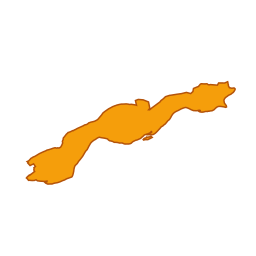 outline of Saf, Al Jizah, Egypt, rotated 243°
{"feature_id": "37247803B22185494316404", "entity_name": "Saf", "entity_type": "district", "adm_level": 2, "iso_a3": "EGY", "parent_name": "Egypt", "parent_adm1": "Al Jizah", "projection": "robinson", "projection_center": [31.294, 29.62], "detail": "fine", "context": "isolated", "style": "filled", "palette": "amber", "viewbox_px": 256, "rotation_deg": 243, "n_neighbors": 0, "source": "geoboundaries", "source_scale": "gbopen_adm2", "svg_char_len": 5154}
<svg xmlns="http://www.w3.org/2000/svg" viewBox="0 0 256 256"><g transform="rotate(243 128 128)"><path d="M126.5,15.6L126.3,16.2L124.8,18.6L123.8,20.7L123.6,22.6L122.1,23.3L120.5,25.6L119.0,28.2L118.1,29.7L118.0,30.0L117.5,31.7L116.9,31.4L117.3,30.4L117.4,29.2L116.1,29.7L114.5,31.0L113.6,32.9L113.3,33.6L113.2,33.8L112.6,34.9L112.3,37.2L111.3,40.4L110.9,43.1L110.8,45.7L110.5,47.9L110.6,50.3L110.3,52.6L110.1,54.0L109.9,55.7L110.4,56.6L111.2,57.5L112.4,58.6L114.1,60.0L115.5,60.9L116.2,61.5L116.3,61.5L117.5,62.6L118.5,63.8L119.4,66.7L120.7,68.8L121.7,71.2L122.6,73.1L123.3,74.6L124.5,76.5L125.5,78.0L126.6,79.8L127.3,81.8L128.9,84.0L129.7,85.1L131.5,87.9L132.1,89.6L132.5,91.6L132.6,92.4L132.6,93.7L133.0,96.4L133.0,96.5L132.8,98.3L131.8,99.4L129.5,102.6L127.6,104.8L126.3,105.1L125.0,105.8L124.7,106.2L124.0,107.1L122.9,108.3L121.5,109.2L120.6,110.9L119.8,112.1L119.1,112.9L118.4,113.7L118.0,114.6L117.3,116.0L115.5,117.5L114.8,118.6L113.4,121.5L113.0,123.0L113.0,124.0L113.6,125.9L113.6,127.7L113.6,129.1L113.2,130.7L113.1,132.5L113.0,134.5L113.4,135.8L113.8,137.6L114.4,139.5L114.2,140.7L114.1,141.2L114.1,141.8L113.8,142.7L113.8,143.5L113.7,144.0L113.7,145.3L113.7,145.9L114.3,147.0L114.2,147.3L113.6,147.3L113.3,146.5L113.2,145.8L113.0,144.5L113.1,143.9L113.6,142.4L113.4,141.3L113.1,142.5L112.9,142.9L111.5,145.4L110.8,147.4L110.8,148.9L111.0,150.1L111.4,151.5L112.1,153.5L112.8,155.3L112.8,155.5L114.0,158.3L114.0,159.9L114.5,161.6L114.7,163.1L115.4,164.7L116.4,166.9L116.7,168.7L117.8,170.6L119.0,172.3L120.0,174.0L120.6,175.7L120.9,177.6L120.9,178.8L120.8,181.2L120.9,183.7L120.6,187.0L120.4,187.7L120.1,188.8L119.0,190.0L117.7,191.1L115.6,192.6L113.8,194.2L112.3,196.8L111.9,198.1L111.6,199.3L111.2,200.0L110.8,200.3L110.4,200.0L110.7,199.3L111.0,198.5L109.9,199.2L109.1,200.2L108.6,201.0L108.1,202.1L107.8,203.3L107.6,204.4L107.1,205.5L106.6,206.3L106.6,207.0L106.2,207.7L105.8,209.2L105.2,210.7L105.2,212.0L105.2,212.9L105.7,214.4L106.1,215.8L106.3,217.3L106.2,218.2L105.7,219.4L105.0,220.6L103.1,223.3L102.1,224.3L102.0,225.3L102.4,225.5L103.2,225.7L103.4,225.7L104.2,225.6L105.4,225.4L106.3,225.2L106.7,225.3L107.8,225.6L109.1,226.0L109.4,226.3L109.6,226.5L110.2,227.3L110.3,227.5L110.8,228.5L111.0,229.4L111.2,230.9L111.5,232.4L111.4,234.6L111.4,235.1L111.5,235.6L111.8,236.9L111.8,237.3L111.9,237.9L112.3,238.6L112.3,238.9L113.2,240.2L113.4,240.6L113.6,240.8L114.2,241.2L115.2,240.9L115.6,240.6L115.9,239.6L116.0,239.3L116.3,238.7L116.5,238.2L117.2,237.5L117.5,237.1L117.8,236.7L119.1,236.6L119.7,236.6L120.2,236.7L120.4,236.8L121.0,237.1L121.4,237.1L122.0,237.2L122.5,237.4L122.7,237.5L124.0,237.8L124.2,234.6L125.9,231.3L127.0,229.2L125.6,227.1L129.3,221.1L129.5,220.2L130.2,219.1L131.5,218.5L131.8,217.9L132.1,217.1L132.8,215.7L134.2,213.3L134.2,212.4L133.0,209.5L133.2,208.1L133.5,204.3L131.0,202.4L130.2,199.5L130.5,199.2L133.2,196.2L134.4,191.1L135.8,187.1L137.8,180.9L138.2,179.9L138.9,175.6L138.0,172.7L137.5,169.9L136.7,168.2L136.2,165.1L135.7,162.2L135.1,158.5L134.4,155.6L134.9,154.7L135.3,155.6L135.4,156.3L141.9,158.1L146.2,154.3L148.8,150.1L149.1,147.1L144.4,145.9L144.8,145.5L146.5,143.3L147.7,141.6L147.9,141.0L148.1,140.4L148.7,139.5L149.2,139.0L150.3,137.3L151.8,133.9L152.3,133.0L152.9,131.0L153.5,128.4L153.6,127.1L153.8,126.1L153.8,125.7L154.0,123.9L153.9,122.1L153.9,120.0L153.9,119.5L153.2,114.6L152.7,112.3L151.7,110.6L150.4,107.5L149.9,106.3L149.4,105.1L149.2,103.7L149.2,103.0L149.2,102.1L149.2,101.3L149.6,99.4L150.1,97.5L150.2,96.5L150.4,95.4L150.1,94.4L149.9,92.7L150.1,92.0L150.3,91.3L150.4,90.8L150.4,90.4L150.3,89.1L150.4,86.8L150.6,82.9L150.6,82.2L150.5,80.5L150.6,79.4L150.6,78.9L150.5,78.6L150.5,77.9L150.8,77.5L150.8,77.0L150.8,76.1L150.8,75.3L151.0,73.4L151.2,72.5L151.0,72.2L150.7,71.2L150.5,70.3L149.8,68.9L149.5,68.2L149.3,67.9L148.8,66.7L148.7,66.2L148.2,65.6L147.0,64.9L146.7,64.3L145.8,63.4L144.3,63.0L143.0,61.5L141.8,59.8L141.5,59.1L141.5,58.2L141.5,57.3L141.8,57.0L142.3,56.3L142.3,55.5L143.5,54.1L144.0,52.0L144.2,50.3L144.6,47.8L145.1,45.7L145.0,44.3L145.2,42.3L145.3,40.2L145.4,37.4L145.2,34.7L145.0,32.3L145.2,30.2L145.0,28.6L145.0,27.5L144.4,26.4L144.4,26.2L144.1,25.4L143.8,24.3L143.9,23.2L143.9,22.9L143.7,23.0L143.0,23.3L142.5,23.4L142.3,22.8L141.9,22.9L140.1,23.4L139.0,23.7L139.0,23.9L139.0,24.4L139.0,26.0L138.9,26.7L138.9,27.6L137.6,27.8L137.2,27.8L135.7,28.0L135.5,26.9L135.3,26.1L134.8,26.1L134.1,25.6L133.4,25.1L132.6,25.0L132.2,25.0L131.6,25.0L131.6,24.9L131.6,24.6L131.6,24.4L131.5,24.1L131.4,23.8L131.3,23.3L131.2,22.7L131.1,22.2L131.0,21.7L130.9,21.2L130.9,20.9L130.8,20.7L130.8,20.0L130.8,19.6L130.8,19.3L130.8,18.8L130.6,18.9L130.6,18.6L130.6,18.1L130.5,17.6L130.5,17.4L130.5,17.2L130.4,17.0L130.4,16.8L130.3,16.7L130.3,16.4L130.2,16.2L130.1,15.9L130.0,15.7L129.9,15.4L129.6,14.8L129.4,14.9L129.2,15.0L128.8,15.1L128.5,15.2L128.3,15.3L128.0,15.3L127.8,15.4L127.6,15.4L127.3,15.5L127.0,15.5L126.5,15.6L126.5,15.6ZM108.6,142.7L108.6,145.3L110.0,144.8L110.2,144.2L110.3,143.2L110.9,141.5L111.0,141.0L111.5,140.4L111.0,139.8L111.4,137.9L110.9,136.3L110.2,136.4L110.0,137.2L109.8,138.0L108.6,140.4L108.6,142.7Z" fill="#f59e0b" stroke="#b45309" stroke-width="1.5"/></g></svg>